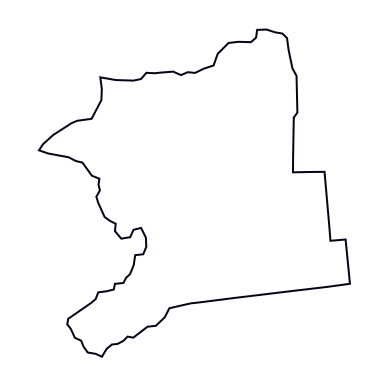 Paverama, Rio Grande do Sul, Brazil, rotated 84°
{"feature_id": "56859067B40983715015360", "entity_name": "Paverama", "entity_type": "district", "adm_level": 2, "iso_a3": "BRA", "parent_name": "Brazil", "parent_adm1": "Rio Grande do Sul", "projection": "mercator", "projection_center": [-51.725, -29.575], "detail": "fine", "context": "isolated", "style": "outline", "palette": "ink", "viewbox_px": 384, "rotation_deg": 84, "n_neighbors": 0, "source": "geoboundaries", "source_scale": "gbopen_adm2", "svg_char_len": 1343}
<svg xmlns="http://www.w3.org/2000/svg" viewBox="0 0 384 384"><g transform="rotate(84 192 192)"><path d="M255.3,44.2L255.0,59.4L238.8,59.0L185.8,58.1L184.3,74.0L183.0,89.5L167.0,87.7L128.6,83.0L124.1,78.9L87.5,75.9L79.5,79.2L60.6,81.1L48.9,81.4L43.9,85.5L41.9,92.6L38.2,101.0L37.6,110.3L45.1,112.1L49.2,117.7L47.5,129.9L47.6,140.1L57.3,152.0L68.4,157.3L70.6,167.4L73.9,176.5L72.4,183.7L74.6,190.7L70.3,198.2L70.0,210.3L70.0,216.8L68.7,224.9L74.3,230.9L75.1,238.6L72.7,256.0L68.4,271.2L80.1,270.9L91.1,272.5L108.7,284.2L109.2,298.9L111.0,304.7L120.8,324.1L128.9,335.2L134.6,339.8L138.7,330.9L144.6,311.0L149.1,304.2L151.3,297.9L165.4,289.8L169.1,282.7L174.9,284.2L180.8,283.4L186.7,287.6L193.0,286.4L207.7,281.5L212.4,276.3L215.6,271.2L222.9,272.7L231.0,267.2L230.5,258.2L223.5,254.1L222.4,246.4L232.7,242.6L241.8,243.2L248.8,247.0L248.9,255.1L258.6,257.6L267.2,262.2L270.5,266.6L275.3,269.7L275.3,278.3L280.8,279.9L281.8,287.3L282.0,295.7L288.3,298.9L291.8,303.9L305.1,328.3L310.7,329.9L315.3,326.9L324.8,323.7L328.2,317.8L334.5,316.0L340.7,312.5L342.9,304.7L346.4,298.8L339.1,293.3L335.3,287.6L335.3,281.8L332.9,275.9L329.1,271.2L330.7,265.6L321.3,250.3L321.3,242.0L313.7,232.1L305.3,226.7L304.5,220.8L302.6,204.5L302.6,197.3L301.8,160.3L301.0,107.9L300.5,66.9L299.8,44.5L255.3,44.2Z" fill="none" stroke="#020617" stroke-width="2"/></g></svg>